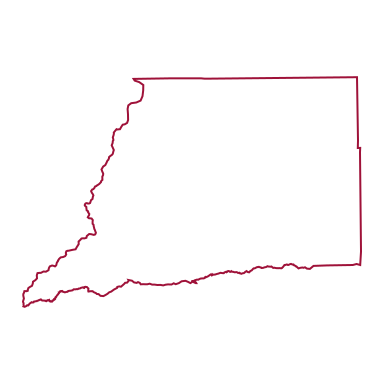 Shasta, California, United States of America
{"feature_id": "52423323B16590015395010", "entity_name": "Shasta", "entity_type": "district", "adm_level": 2, "iso_a3": "USA", "parent_name": "United States of America", "parent_adm1": "California", "projection": "albers", "projection_center": [-122.484, 40.735], "detail": "fine", "context": "isolated", "style": "outline", "palette": "rose", "viewbox_px": 384, "rotation_deg": 0, "n_neighbors": 0, "source": "geoboundaries", "source_scale": "gbopen_adm2", "svg_char_len": 5830}
<svg xmlns="http://www.w3.org/2000/svg" viewBox="0 0 384 384"><path d="M327.3,265.4L352.8,265.0L356.6,264.0L360.2,265.0L361.0,251.7L360.0,152.2L360.2,147.9L357.8,148.0L358.0,140.6L357.0,77.2L204.9,78.7L200.8,78.3L172.6,78.3L133.6,78.9L134.7,80.6L139.2,82.1L143.3,85.0L143.2,90.4L142.5,96.2L140.6,100.6L136.3,102.5L131.2,103.2L128.3,105.4L127.6,109.0L128.0,114.3L128.1,120.0L127.1,122.9L124.8,124.3L122.7,124.7L121.2,127.0L120.0,129.2L117.1,129.5L116.5,129.2L113.8,132.5L113.9,133.7L113.5,135.4L112.8,137.4L113.1,138.4L113.4,140.1L112.8,141.0L112.6,143.1L111.7,145.3L113.8,150.0L113.2,152.0L112.9,153.4L112.6,154.1L111.9,154.9L110.3,156.0L109.0,157.2L109.0,158.1L108.4,159.7L107.4,160.7L106.6,162.5L105.3,165.1L103.2,166.5L101.5,169.4L102.3,171.6L103.2,173.6L103.1,175.0L102.3,176.7L102.4,179.9L101.4,180.8L101.0,181.6L101.0,182.1L99.2,184.0L97.9,184.9L97.1,185.3L96.3,186.1L95.2,186.4L94.6,187.3L94.5,187.8L93.4,189.1L92.2,189.5L91.1,191.1L91.8,192.7L92.9,194.3L93.4,195.4L92.9,196.6L92.5,199.0L91.0,200.2L90.1,203.0L89.1,203.5L87.7,203.5L86.9,203.1L85.9,203.3L85.3,203.7L84.7,205.1L85.1,205.9L86.3,206.9L86.4,208.5L86.7,210.4L87.9,211.1L88.2,211.9L88.1,212.3L89.3,214.0L89.0,215.3L88.2,216.5L87.8,217.3L88.9,218.2L91.6,218.5L92.8,220.1L92.6,221.6L92.6,223.8L93.5,224.7L93.7,226.3L94.1,227.8L94.3,228.9L94.7,229.6L95.4,231.5L95.9,232.8L95.2,234.4L93.8,234.9L91.2,234.2L89.2,234.0L86.8,236.0L86.4,237.8L84.4,238.4L82.9,238.3L81.5,238.5L80.3,239.9L78.6,241.5L78.7,244.1L76.6,247.4L75.6,249.3L72.7,249.8L68.7,250.7L67.4,250.8L66.3,251.3L65.8,253.0L66.2,254.5L65.2,256.1L63.2,257.0L60.7,257.4L59.0,259.0L58.5,260.0L58.1,260.3L57.9,260.7L57.9,261.3L56.9,262.5L56.2,265.3L55.7,265.8L55.0,266.4L54.2,266.0L52.1,265.5L49.8,266.4L48.9,268.1L48.5,270.2L45.9,271.7L43.5,271.5L40.8,272.9L39.2,272.9L37.5,273.1L36.8,275.3L37.0,278.4L35.3,280.2L33.0,281.7L32.8,283.5L32.0,285.8L30.0,286.9L28.4,288.0L27.7,290.0L27.8,290.7L26.7,291.2L26.0,291.1L24.4,291.1L24.0,292.7L23.3,294.1L23.3,295.7L23.9,298.5L23.0,301.5L23.2,302.5L23.5,302.9L23.6,303.5L23.5,304.1L23.7,306.1L23.5,306.4L24.7,306.8L26.6,305.9L27.2,305.2L28.3,305.4L29.0,304.5L29.7,303.5L30.5,303.1L31.0,302.6L31.7,302.2L32.2,302.5L33.5,302.4L33.9,301.6L36.7,301.1L36.9,301.1L37.1,300.8L38.4,300.5L38.7,300.2L39.0,300.2L39.6,299.8L40.4,299.8L40.9,299.4L41.4,299.8L41.9,300.4L42.2,300.5L44.7,300.6L45.1,300.8L45.6,300.7L45.8,300.7L45.9,301.1L46.1,301.2L46.4,301.2L46.7,300.9L46.7,300.7L47.2,300.6L47.4,300.3L47.8,300.1L48.2,300.2L49.1,299.9L49.2,300.6L49.9,300.9L49.8,301.3L50.6,301.6L50.9,301.6L51.0,301.3L52.0,301.6L52.2,301.3L52.1,301.2L52.5,300.9L52.5,300.6L52.8,300.5L53.1,300.6L53.4,300.3L53.4,300.1L53.9,300.0L54.0,299.8L54.0,299.3L54.3,299.1L54.3,298.9L54.6,298.8L54.7,299.1L54.9,299.2L55.1,299.0L55.1,298.6L55.3,298.1L55.2,297.9L55.3,297.7L55.4,297.8L55.5,297.3L55.7,297.1L56.1,297.0L56.1,296.8L56.9,295.6L57.6,294.7L58.0,294.5L58.2,293.9L58.9,293.3L59.0,292.9L58.9,292.5L59.1,292.5L59.3,292.6L59.5,292.3L59.5,292.1L60.0,291.9L59.9,291.7L60.0,291.4L60.3,291.4L60.7,291.1L61.0,291.0L61.3,291.0L61.5,291.3L62.1,291.3L62.4,291.1L62.7,291.4L62.8,291.7L63.3,291.9L64.0,292.0L64.5,292.3L65.6,292.2L66.3,291.9L67.5,291.8L67.9,291.2L68.3,291.0L68.6,291.1L69.2,290.8L70.6,290.7L72.6,290.3L73.2,289.7L73.7,289.3L75.8,289.3L76.6,289.1L77.6,289.2L78.1,289.0L78.5,288.6L79.9,288.5L80.8,287.9L83.1,287.3L83.4,287.4L83.8,287.9L84.2,288.0L84.4,287.7L84.3,287.4L84.6,287.0L85.3,286.8L87.0,287.1L87.5,287.7L88.4,288.5L88.3,289.4L88.3,290.4L88.2,290.9L88.4,291.5L88.9,291.5L90.4,291.2L91.3,291.3L91.8,291.1L92.7,291.2L93.4,292.0L95.9,293.1L96.9,294.0L98.6,294.1L100.4,295.8L103.4,296.1L105.5,295.0L107.5,293.8L109.2,292.3L111.2,291.6L113.9,289.6L117.1,287.9L117.3,286.9L119.3,286.4L121.0,286.7L124.3,283.8L125.1,282.8L127.2,282.6L128.8,280.5L128.5,280.0L132.0,280.7L134.0,282.4L136.7,282.9L138.0,282.1L139.8,282.9L140.7,284.3L143.1,284.2L147.1,284.3L149.7,283.7L152.1,284.6L154.6,284.6L157.4,285.0L160.4,284.9L163.2,285.4L165.6,284.7L167.9,284.4L171.6,284.5L173.7,283.3L175.7,284.2L178.9,283.1L181.6,281.3L185.5,280.8L188.1,281.9L190.4,283.1L191.8,282.2L192.2,281.0L192.9,281.0L193.3,282.0L195.7,283.1L196.3,283.1L196.1,282.7L195.4,282.0L194.4,281.9L194.0,280.9L194.5,280.4L197.0,279.6L198.3,279.7L199.1,279.2L200.4,278.6L202.0,278.4L203.8,278.4L205.1,277.7L205.0,277.3L205.6,276.9L206.0,277.2L207.7,276.5L208.9,275.7L210.7,274.4L211.1,274.5L211.7,275.2L212.2,274.3L212.5,274.6L212.6,275.0L213.6,274.6L214.9,274.6L217.1,273.9L218.4,273.6L219.4,273.2L220.5,272.8L222.4,273.1L223.7,273.2L224.1,272.9L224.3,272.5L226.2,271.7L226.6,272.2L227.4,271.7L228.1,271.0L228.9,271.1L229.8,271.5L230.1,271.9L230.7,271.8L231.3,271.2L231.6,271.5L232.2,271.8L232.9,271.7L233.3,271.9L234.8,272.3L236.4,272.1L237.3,272.4L237.9,272.9L238.7,272.9L239.5,273.2L239.7,272.9L240.4,273.4L241.3,273.8L242.5,273.3L243.9,273.1L244.7,272.5L245.3,271.8L246.6,271.1L246.8,271.4L247.3,271.8L248.2,272.2L248.8,272.1L249.1,272.3L249.8,271.7L250.3,271.0L250.7,270.8L251.1,270.7L251.7,270.4L253.2,268.7L253.9,268.3L254.6,268.4L255.8,267.8L256.5,267.3L257.2,267.2L257.7,267.0L258.2,267.1L258.9,266.8L259.6,267.2L260.9,267.4L261.4,268.0L263.0,267.9L264.6,267.3L266.0,267.1L267.3,266.3L267.6,266.2L268.0,266.5L270.8,266.7L271.4,266.5L271.7,266.7L273.0,267.8L273.4,267.8L273.6,267.9L274.2,267.7L276.1,268.1L278.3,268.2L279.3,268.1L281.4,268.3L282.0,268.0L282.4,267.5L283.0,267.0L283.4,266.4L283.8,266.0L284.1,265.4L284.5,265.0L285.0,265.1L286.6,264.5L287.3,264.6L287.6,264.9L288.2,265.0L289.0,264.7L289.7,264.3L291.0,263.9L292.3,264.5L292.9,264.5L293.2,264.4L293.6,264.6L293.6,265.0L294.0,265.3L295.3,265.8L295.8,266.2L296.0,266.5L296.4,266.7L296.6,266.6L297.5,267.5L298.5,268.4L300.3,267.8L301.1,267.7L302.4,267.5L303.4,267.8L305.0,267.3L306.9,268.6L309.9,268.9L313.5,265.9L327.3,265.4Z" fill="none" stroke="#9f1239" stroke-width="2"/></svg>